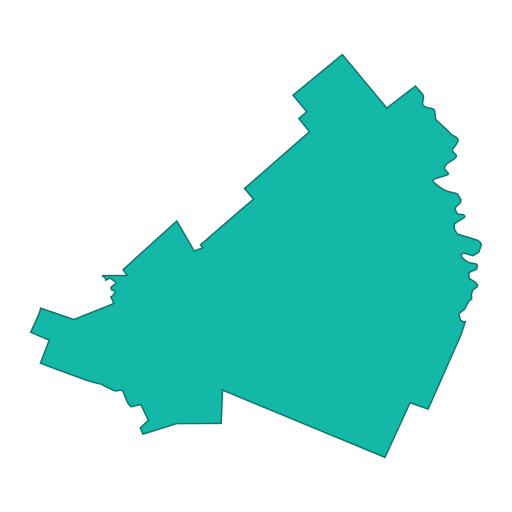 the district of Piatra, Teleorman, Romania
{"feature_id": "2599482B63430265484644", "entity_name": "Piatra", "entity_type": "district", "adm_level": 2, "iso_a3": "ROU", "parent_name": "Romania", "parent_adm1": "Teleorman", "projection": "orthographic", "projection_center": [25.223, 43.835], "detail": "fine", "context": "isolated", "style": "filled", "palette": "teal", "viewbox_px": 512, "rotation_deg": 0, "n_neighbors": 0, "source": "geoboundaries", "source_scale": "gbopen_adm2", "svg_char_len": 2316}
<svg xmlns="http://www.w3.org/2000/svg" viewBox="0 0 512 512"><path d="M415.4,86.1L405.1,94.0L386.8,108.1L342.3,54.6L293.0,95.2L306.8,111.7L298.8,118.5L309.5,131.7L252.1,181.9L244.5,188.4L249.0,193.8L253.5,199.2L241.6,209.2L201.0,244.4L200.4,245.0L202.9,247.7L194.2,251.0L179.8,226.2L176.8,221.0L171.8,225.5L123.0,269.7L127.3,275.5L102.7,275.6L102.6,276.5L103.5,276.6L104.1,276.4L104.8,276.8L105.0,277.7L105.4,278.9L105.7,280.1L108.0,279.1L109.9,277.9L114.8,281.4L115.4,282.6L115.4,284.3L113.0,285.5L111.1,287.3L111.0,288.1L111.8,290.0L113.1,290.5L114.7,290.8L115.1,292.3L114.3,293.5L112.3,296.2L110.9,296.8L113.8,303.5L73.8,319.5L40.7,308.2L40.1,310.6L39.2,313.5L30.7,332.2L38.3,335.5L49.2,340.2L40.4,363.2L53.3,368.1L86.5,380.3L94.9,382.7L96.1,383.0L99.0,383.7L101.9,384.3L103.5,385.6L114.0,390.6L115.9,390.9L120.8,390.1L122.1,390.5L123.0,391.5L127.7,402.9L131.0,406.8L140.8,404.5L148.4,420.3L140.2,427.9L143.0,434.1L176.6,423.6L221.2,423.4L222.5,390.1L385.0,457.4L410.0,402.7L428.1,409.1L461.1,334.5L465.3,321.6L463.1,321.6L460.6,320.4L458.7,313.7L464.3,309.5L468.7,301.5L471.7,298.8L471.4,294.5L472.1,291.7L473.1,289.7L477.1,287.0L477.7,285.3L475.4,282.3L469.3,278.5L468.7,273.0L470.8,271.6L476.7,269.2L477.4,265.4L476.2,263.9L469.6,262.8L466.2,261.1L461.7,257.2L461.0,255.0L462.8,253.0L464.8,253.3L472.9,255.7L478.9,252.0L480.1,248.4L481.3,244.8L480.6,242.6L477.6,240.3L471.8,238.4L456.9,233.9L455.7,231.4L454.4,229.0L454.3,224.1L457.8,221.5L464.5,217.4L464.7,215.9L463.3,214.7L457.7,214.1L455.1,209.6L455.4,207.5L460.5,202.5L461.0,199.7L457.4,194.0L455.4,193.2L451.9,192.4L448.7,191.6L445.0,190.4L440.9,187.9L437.8,185.6L434.4,183.0L433.2,181.5L433.0,180.8L433.0,180.3L433.6,179.6L434.5,179.0L437.0,178.1L441.1,176.9L447.1,175.0L448.5,173.9L448.0,173.0L444.5,168.8L444.4,168.2L445.0,166.3L446.8,163.9L448.9,162.2L452.6,160.1L455.6,157.8L456.3,156.3L456.2,155.4L452.5,151.0L452.5,149.5L452.6,148.7L453.3,148.0L453.9,147.6L454.4,147.1L456.2,144.3L458.0,141.3L458.1,140.3L457.5,138.7L456.8,137.6L451.4,134.5L446.1,129.1L436.2,120.0L435.3,118.1L435.2,115.3L434.8,112.9L434.7,111.1L434.2,110.0L433.4,109.1L431.4,108.4L428.1,107.8L425.1,106.8L423.5,105.7L422.5,104.5L422.8,101.4L423.5,97.8L423.4,96.0L422.2,93.7L419.3,90.4L417.6,88.6L415.6,86.3L415.4,86.1Z" fill="#14b8a6" stroke="#0f766e" stroke-width="1.5"/></svg>